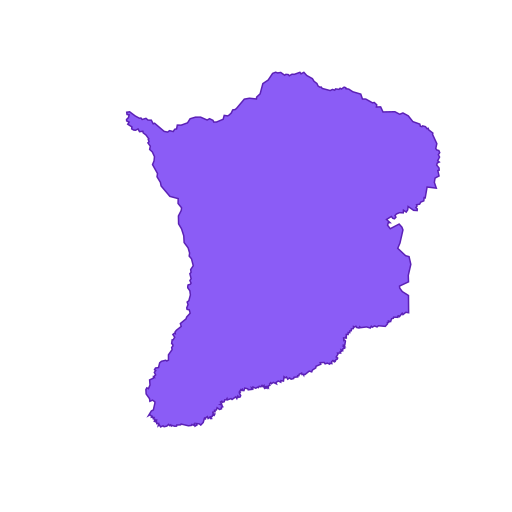 Ariguaní, Magdalena, Colombia, rotated 105°
{"feature_id": "7082276B61521113945652", "entity_name": "Ariguaní", "entity_type": "district", "adm_level": 2, "iso_a3": "COL", "parent_name": "Colombia", "parent_adm1": "Magdalena", "projection": "albers", "projection_center": [-74.033, 9.809], "detail": "fine", "context": "isolated", "style": "filled", "palette": "violet", "viewbox_px": 512, "rotation_deg": 105, "n_neighbors": 0, "source": "geoboundaries", "source_scale": "gbopen_adm2", "svg_char_len": 6092}
<svg xmlns="http://www.w3.org/2000/svg" viewBox="0 0 512 512"><g transform="rotate(105 256 256)"><path d="M271.3,93.9L254.7,98.5L252.5,105.5L249.8,108.9L247.9,109.6L241.5,102.0L235.3,103.9L224.0,104.3L217.0,108.0L217.0,111.6L211.9,121.1L206.2,120.3L192.8,120.8L190.4,122.5L188.1,126.0L194.9,133.4L192.2,136.9L189.5,136.8L189.1,135.2L186.9,139.4L182.8,135.5L184.2,133.6L184.2,131.9L182.3,130.9L180.9,132.2L179.0,131.2L177.0,128.6L176.2,124.9L173.6,125.4L174.7,122.3L172.2,121.4L168.8,121.9L171.1,115.6L170.4,112.1L168.8,112.4L167.8,114.1L166.1,113.4L164.9,114.2L163.6,111.4L161.3,110.8L159.3,108.2L156.1,108.7L156.1,107.6L145.1,108.6L143.8,99.4L138.7,102.8L134.4,103.2L131.3,99.9L126.4,102.5L125.7,101.3L123.6,102.0L121.4,105.0L119.3,105.0L117.8,103.3L117.0,105.2L112.9,104.3L111.0,106.1L108.6,105.3L106.8,106.7L106.8,108.7L105.7,110.2L100.7,110.4L92.9,116.9L91.5,117.0L89.4,121.9L88.1,122.8L88.8,123.7L87.2,125.8L87.2,128.8L88.1,129.2L88.1,130.8L86.2,131.9L85.6,139.3L81.2,145.2L79.8,151.1L81.9,153.9L80.7,159.2L84.0,170.6L79.7,174.2L80.9,178.3L78.7,178.5L77.1,181.5L77.9,183.1L76.0,190.6L76.8,193.8L72.5,196.7L72.3,205.0L70.8,209.6L71.1,212.5L70.2,212.8L70.1,214.6L72.6,216.7L72.2,218.2L73.6,219.0L74.0,222.4L75.5,222.9L75.3,225.2L77.0,227.2L77.0,235.4L75.9,236.8L76.4,238.0L75.7,240.1L73.6,241.8L72.3,245.1L70.1,247.4L68.5,253.7L66.2,257.3L68.4,259.7L67.2,261.1L70.6,266.0L71.1,268.3L73.3,270.5L72.4,271.8L72.8,274.2L74.0,275.1L72.3,279.6L73.6,282.5L73.4,284.6L75.3,287.2L82.9,289.8L87.7,294.0L98.3,294.0L102.3,296.5L104.2,296.2L105.3,303.2L107.5,307.9L118.2,312.9L119.9,314.0L120.9,316.3L124.3,316.9L126.9,318.5L128.0,319.6L128.4,323.1L132.4,323.1L136.8,328.8L137.6,331.4L136.1,332.7L135.4,336.4L137.3,338.4L136.2,345.5L137.6,350.5L140.5,355.2L145.1,356.6L149.0,362.2L149.9,365.9L153.8,365.6L154.6,367.3L157.2,368.2L157.3,372.0L159.2,373.4L159.4,377.0L154.0,388.3L154.9,389.5L151.9,392.3L152.7,395.4L151.5,397.9L153.6,401.3L152.5,402.8L153.1,404.3L152.0,408.9L149.4,415.4L150.6,418.1L152.7,417.2L152.5,415.1L155.3,415.0L157.6,416.4L159.0,415.9L159.5,413.2L161.9,414.0L163.4,409.3L165.4,409.0L166.0,406.7L165.7,404.9L163.8,402.8L166.1,400.7L164.8,397.6L166.2,396.9L167.6,393.6L170.6,389.9L171.2,390.3L173.3,388.9L174.7,389.7L177.3,386.5L180.6,386.3L182.3,383.1L186.3,379.8L190.5,379.1L194.5,379.6L201.8,372.5L205.1,372.1L209.6,367.4L212.9,365.8L220.7,354.6L220.7,346.0L225.4,344.9L228.7,340.4L231.3,340.0L237.4,341.3L245.0,339.1L249.0,335.0L255.2,331.0L261.6,328.9L265.7,323.7L270.3,320.9L273.4,320.5L275.4,317.6L281.6,314.1L286.0,315.6L288.6,314.5L290.2,315.3L294.7,312.8L296.8,313.5L299.0,311.7L300.3,312.1L301.5,314.1L302.9,314.1L304.4,313.7L306.7,310.9L310.6,309.3L316.6,309.3L318.3,310.6L320.5,309.1L324.0,309.5L325.4,308.8L325.3,306.5L328.3,304.8L332.9,307.2L334.8,307.3L340.8,311.6L343.4,310.0L348.2,313.6L350.3,314.5L351.8,313.9L351.6,314.7L353.3,316.0L355.5,313.5L358.3,314.3L358.7,315.3L362.5,314.8L362.9,313.6L364.3,313.0L366.2,313.8L368.1,312.8L374.1,315.0L379.2,313.6L380.5,315.0L380.1,316.3L382.2,320.1L384.1,321.4L389.0,321.3L390.2,324.1L392.1,324.6L392.7,323.2L394.7,324.1L396.8,322.2L398.4,323.2L399.5,322.7L399.2,323.8L400.6,323.5L403.2,326.7L408.0,325.0L412.0,325.6L411.6,327.3L413.5,327.8L417.7,326.4L421.4,321.9L423.8,320.9L422.0,318.6L423.0,316.0L424.1,315.6L431.2,315.3L432.8,317.0L438.0,318.5L436.8,317.3L437.6,315.6L438.6,315.4L437.9,314.7L438.7,314.4L438.4,312.7L439.8,313.1L440.0,311.4L441.5,311.4L440.2,309.6L441.4,309.4L442.1,310.5L442.4,308.8L443.6,308.5L442.9,306.7L445.3,306.5L444.1,305.7L445.8,303.9L444.1,301.9L444.7,300.6L443.4,298.1L441.3,296.9L442.2,295.6L441.1,294.7L442.2,293.8L441.4,293.1L441.5,290.5L440.9,288.7L439.8,288.8L438.6,285.1L437.7,284.9L437.5,277.3L436.4,274.6L435.3,274.3L435.7,272.8L434.2,272.2L436.2,270.9L434.5,269.3L433.3,270.5L432.8,267.3L433.6,265.6L430.5,263.9L426.0,263.8L426.8,262.2L425.6,263.1L423.7,261.4L425.4,260.2L423.7,258.7L424.8,257.6L424.5,256.9L423.1,258.4L422.4,256.8L421.0,256.8L420.9,255.2L419.3,254.9L419.5,256.6L418.1,257.3L417.0,255.2L415.8,256.1L414.9,254.4L412.6,254.3L413.7,251.5L412.5,249.8L411.1,250.3L410.3,249.1L408.7,250.6L408.7,252.1L407.8,250.9L406.2,252.5L405.1,251.4L405.9,250.5L405.0,249.0L403.0,249.0L402.6,247.5L401.2,247.1L402.4,246.4L400.2,243.2L400.8,242.0L397.3,239.1L398.7,237.6L396.0,237.3L397.0,236.1L396.2,234.8L394.7,234.7L393.0,236.4L391.6,235.9L391.6,236.9L388.9,236.0L389.4,235.3L388.3,234.7L389.4,233.9L389.1,232.8L386.5,232.7L386.4,229.6L387.3,228.9L385.9,225.4L384.5,226.2L385.1,224.7L383.3,225.0L383.8,222.0L382.3,220.6L382.5,219.6L381.0,219.2L381.1,217.4L379.4,216.7L380.3,215.6L379.1,214.8L380.0,214.5L379.7,212.9L381.1,214.0L381.7,213.3L380.7,212.2L380.9,211.1L379.5,211.3L380.2,209.9L378.3,210.5L377.4,209.1L376.1,209.8L374.6,209.0L375.4,208.1L373.6,206.5L374.2,203.2L373.1,204.0L371.0,202.2L371.5,199.4L369.9,199.7L369.7,197.1L365.4,197.7L366.1,196.4L365.0,195.2L366.8,193.5L365.1,192.0L365.9,190.2L364.6,187.9L363.3,187.9L362.0,184.4L360.8,184.8L360.5,183.6L359.1,183.7L357.3,181.6L358.6,180.9L358.1,179.7L358.8,179.0L357.9,179.1L357.7,177.9L353.4,174.8L353.5,172.2L351.6,172.0L348.6,169.3L347.0,169.5L343.8,165.4L342.4,166.4L341.2,162.6L342.3,161.3L341.0,159.4L341.4,156.9L340.4,156.8L340.3,154.9L338.5,155.6L337.2,154.8L337.9,153.2L336.9,153.3L337.2,152.2L335.2,151.9L334.7,150.9L333.4,150.7L332.8,152.4L329.6,151.4L328.7,152.1L327.8,149.1L326.5,149.9L325.8,148.7L324.6,149.5L324.9,147.8L323.4,148.2L322.1,146.6L320.8,148.2L320.6,146.8L319.4,148.3L319.0,147.2L315.0,147.6L314.3,148.6L314.9,149.3L312.4,150.2L312.1,148.6L310.4,148.2L312.6,147.3L308.4,148.5L308.0,146.7L306.0,147.2L305.8,145.6L304.1,146.0L303.5,144.6L301.8,145.0L300.9,143.2L298.9,143.6L299.2,142.6L298.0,141.3L299.0,140.2L298.9,137.8L297.5,137.5L298.2,136.5L295.9,130.9L296.0,127.0L294.0,126.5L294.7,125.3L292.9,123.4L293.2,120.7L291.7,119.7L290.5,112.9L287.5,111.4L286.2,111.9L285.8,110.6L284.5,111.2L284.5,109.0L281.5,108.8L280.6,107.2L279.5,107.3L278.5,103.1L277.4,103.5L276.8,102.7L277.4,101.7L273.5,100.0L274.6,98.9L271.6,96.7L271.3,93.9Z" fill="#8b5cf6" stroke="#5b21b6" stroke-width="1.5"/></g></svg>